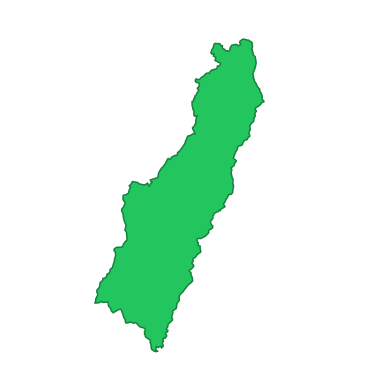 Bolivar, La Libertad, Peru (Robinson projection), rotated 226°
{"feature_id": "86281439B86357323386245", "entity_name": "Bolivar", "entity_type": "district", "adm_level": 2, "iso_a3": "PER", "parent_name": "Peru", "parent_adm1": "La Libertad", "projection": "robinson", "projection_center": [-77.704, -7.308], "detail": "fine", "context": "isolated", "style": "filled", "palette": "green", "viewbox_px": 384, "rotation_deg": 226, "n_neighbors": 0, "source": "geoboundaries", "source_scale": "gbopen_adm2", "svg_char_len": 6050}
<svg xmlns="http://www.w3.org/2000/svg" viewBox="0 0 384 384"><g transform="rotate(226 192 192)"><path d="M267.1,331.1L266.8,330.5L266.3,330.1L264.7,329.7L264.4,328.9L264.9,327.1L266.9,326.6L267.9,326.0L268.8,324.2L270.0,322.7L269.2,319.4L267.7,317.7L268.0,315.7L269.1,315.4L270.4,314.4L272.2,314.4L273.7,313.8L274.8,314.0L275.6,315.1L276.1,315.4L276.5,315.4L277.2,314.6L277.7,314.4L278.8,315.0L279.7,314.9L281.0,313.4L282.6,312.1L283.1,310.9L281.1,307.3L280.6,305.4L279.1,302.3L277.7,302.1L276.0,303.7L275.4,302.3L275.0,301.9L273.3,302.2L272.5,302.7L271.3,301.5L270.9,300.1L269.5,300.2L268.6,300.9L267.3,300.8L265.1,302.2L264.5,301.6L263.9,300.2L263.9,298.9L265.0,297.8L263.7,296.1L263.6,294.9L263.8,294.4L264.8,293.5L264.7,292.6L265.0,292.2L266.1,291.0L265.9,289.2L266.0,287.8L265.5,286.7L267.0,285.5L267.4,284.8L267.4,279.7L267.9,278.7L267.8,275.6L268.4,274.7L269.3,273.9L270.5,273.7L270.1,271.9L269.3,271.3L268.5,271.1L267.4,271.5L266.1,272.6L264.2,272.1L263.6,271.3L263.0,269.3L263.0,268.0L262.2,267.6L261.1,267.7L260.5,267.5L260.3,267.1L259.9,264.7L259.1,263.2L258.9,260.5L257.9,259.5L257.8,257.8L256.6,256.7L257.0,254.8L253.6,251.7L252.2,251.2L250.5,249.9L249.6,249.8L248.1,249.1L247.4,248.1L245.6,246.5L244.5,246.8L243.1,248.5L242.9,247.6L242.3,246.5L240.3,243.8L238.9,242.8L238.4,240.3L237.7,239.0L237.7,238.5L238.0,237.7L237.9,237.0L236.3,236.0L235.3,236.0L233.5,235.1L231.8,234.6L233.2,233.1L234.0,229.5L234.7,228.7L235.1,227.8L234.7,226.5L234.0,225.3L233.2,222.8L232.3,221.6L231.6,219.5L230.1,212.0L230.4,209.0L229.2,207.5L228.9,206.4L230.4,204.9L230.5,203.6L231.1,202.3L231.2,201.2L230.5,199.1L231.6,198.4L232.4,198.4L232.7,197.3L230.7,192.0L230.6,189.7L230.2,189.1L230.4,186.1L229.5,185.0L229.8,184.1L229.5,182.9L228.8,181.1L226.9,178.5L226.1,176.9L227.3,175.5L227.6,174.3L228.6,172.6L229.6,170.3L228.0,169.7L227.2,170.3L226.8,170.2L226.6,167.2L226.0,166.0L226.0,165.4L226.4,165.2L227.4,165.4L228.6,166.2L229.2,166.2L229.9,163.1L230.8,162.1L234.3,159.8L236.8,159.4L240.8,156.5L240.9,156.0L240.3,154.9L240.0,153.4L240.1,151.2L239.3,151.1L238.6,151.5L238.1,151.3L237.6,149.4L236.2,146.7L235.3,145.4L235.3,144.8L236.2,142.1L237.3,140.5L237.2,140.0L234.9,137.4L232.7,136.6L231.3,136.9L230.6,136.5L229.9,134.6L229.1,133.2L228.6,131.5L228.8,130.2L227.7,128.6L226.0,127.8L224.1,127.3L223.2,126.3L219.8,123.9L214.0,121.4L213.3,120.7L211.2,117.2L209.5,117.2L208.5,116.8L203.7,113.0L202.7,111.8L202.5,111.2L202.7,109.3L202.4,108.2L202.2,106.5L201.3,104.9L201.0,103.7L202.7,101.2L203.7,100.5L204.6,99.1L205.0,97.6L204.9,96.0L204.0,95.2L201.7,95.0L199.0,92.5L197.8,89.9L196.1,88.1L195.5,86.7L193.2,82.8L193.0,81.8L193.1,79.2L191.7,77.6L191.2,76.4L191.9,73.8L191.6,73.2L190.8,72.5L190.5,70.4L190.8,69.1L191.7,68.1L190.5,66.1L190.7,63.0L189.1,61.1L187.9,59.2L187.6,57.8L187.7,56.4L187.0,54.8L186.1,54.0L184.1,53.4L183.3,52.2L182.0,48.7L180.2,46.4L179.9,45.4L179.4,45.1L176.9,48.2L176.4,50.5L174.4,51.3L171.4,55.0L170.4,54.6L168.1,52.8L164.4,52.5L162.4,51.3L159.9,51.4L158.5,57.2L157.1,59.3L156.3,59.3L153.1,57.7L152.3,57.7L151.4,56.9L149.1,55.8L146.6,55.3L145.1,54.0L143.6,53.5L142.3,55.1L141.3,57.2L138.3,58.8L137.2,60.6L136.0,60.9L131.3,60.8L128.4,62.5L126.6,63.2L125.5,62.8L124.8,61.9L124.3,60.4L123.5,60.1L122.6,59.0L121.6,58.9L120.5,58.1L119.7,58.0L117.3,58.4L114.8,59.2L112.9,57.5L111.4,56.7L110.9,56.7L109.2,55.1L108.1,54.6L107.1,53.7L104.1,54.1L102.0,55.3L101.5,56.7L103.5,56.3L105.3,58.5L105.4,59.2L103.6,59.7L103.3,61.1L102.8,62.3L102.4,62.4L101.1,61.8L100.9,63.2L101.2,64.2L101.9,64.9L103.6,65.6L104.5,66.7L104.5,67.7L106.7,69.1L106.5,70.2L105.5,71.0L105.9,73.6L106.6,74.3L108.0,74.2L108.6,74.5L108.9,75.3L108.5,77.2L109.0,78.4L109.5,78.5L110.0,78.1L110.6,78.1L111.6,78.9L111.7,80.2L112.3,81.6L113.2,82.4L113.6,83.9L113.3,86.7L113.5,87.6L113.4,88.9L114.4,90.0L116.1,90.2L118.2,94.0L119.6,95.4L119.8,96.4L119.2,99.3L119.3,100.0L122.2,103.7L122.8,107.5L125.6,110.1L126.2,110.9L126.6,114.4L126.4,116.2L126.7,116.9L127.8,124.5L127.4,128.1L127.6,130.6L129.4,132.2L130.6,132.9L133.0,133.6L134.0,134.7L135.0,135.3L136.9,135.0L137.5,135.5L137.5,136.3L137.1,137.5L137.1,140.5L137.5,141.8L138.7,142.4L140.9,142.5L141.2,142.9L141.2,144.3L141.5,145.1L142.7,145.7L143.4,146.6L143.3,147.3L142.6,148.6L143.4,153.0L142.7,156.0L143.1,157.0L146.1,158.9L147.3,160.3L149.4,159.4L150.6,160.8L151.5,161.3L152.7,161.2L154.6,163.1L154.3,164.4L152.9,165.5L152.1,166.6L151.9,168.2L151.0,170.5L151.0,175.3L151.5,176.2L152.5,176.7L152.8,177.7L152.1,180.2L152.0,181.9L153.1,183.4L154.5,183.2L155.9,183.5L157.4,184.4L158.2,185.5L158.3,187.7L158.7,189.0L160.2,190.2L160.4,190.7L160.4,191.4L161.1,193.5L160.4,196.0L159.7,197.1L160.0,198.7L159.0,199.4L159.5,201.4L158.5,205.4L159.1,205.8L160.9,206.0L161.8,206.7L161.6,208.0L162.9,210.9L163.6,214.0L164.7,216.5L163.2,218.4L163.2,220.5L166.5,224.7L167.3,226.0L170.1,227.6L172.8,230.5L175.0,231.2L177.5,232.8L178.6,233.1L180.2,236.0L181.1,236.5L182.1,236.6L182.3,237.2L181.8,239.5L181.9,240.7L183.2,243.4L183.3,244.9L183.5,245.4L184.8,245.6L187.0,245.1L187.9,245.7L190.4,251.1L191.4,254.6L192.8,255.8L192.4,258.0L191.1,260.0L191.2,261.3L192.5,264.2L192.6,265.6L192.3,266.7L191.5,267.6L191.5,268.4L192.2,269.9L191.9,271.9L192.5,272.8L194.6,273.8L195.6,274.6L196.2,277.1L198.8,278.9L200.0,281.1L200.0,285.7L201.8,287.3L202.4,289.5L202.9,290.4L204.9,291.9L205.4,294.4L205.9,294.8L207.1,294.6L208.0,295.1L208.2,296.9L207.8,298.0L207.3,301.3L207.8,304.6L207.1,306.0L207.1,306.7L210.3,307.0L212.0,308.9L213.2,309.7L215.3,310.5L216.6,310.5L218.0,311.2L218.8,312.2L222.4,312.2L223.4,312.7L224.2,312.6L225.2,313.5L227.0,313.6L228.5,314.1L229.7,315.0L231.1,315.1L231.7,315.6L231.8,316.2L233.8,317.2L234.9,318.2L235.7,320.0L236.2,320.9L236.4,321.9L237.1,322.6L237.8,324.4L238.2,324.6L238.7,325.7L240.6,328.1L241.3,328.5L242.8,329.8L243.4,329.9L245.4,331.4L248.0,331.4L249.7,332.5L250.5,332.7L251.0,333.3L251.7,333.2L252.2,334.2L253.2,334.1L254.5,336.5L255.3,337.2L256.3,337.4L257.1,338.8L259.3,338.9L260.7,338.2L261.9,338.2L263.1,337.2L265.5,335.8L266.8,334.4L267.1,331.1Z" fill="#22c55e" stroke="#15803d" stroke-width="1.5"/></g></svg>